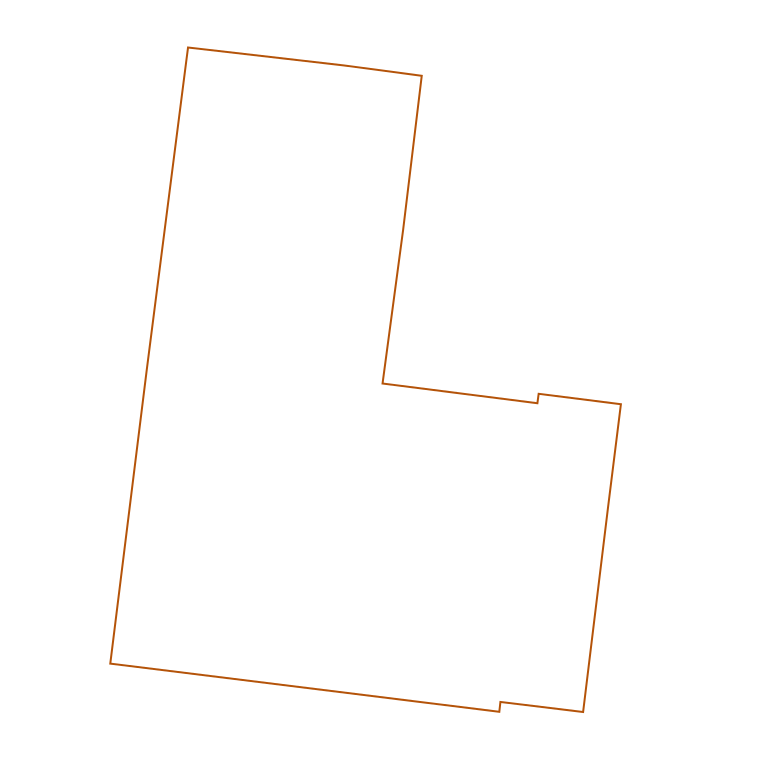 Finney, Kansas, United States of America, rotated 277°
{"feature_id": "52423323B35440057604027", "entity_name": "Finney", "entity_type": "district", "adm_level": 2, "iso_a3": "USA", "parent_name": "United States of America", "parent_adm1": "Kansas", "projection": "mercator", "projection_center": [-100.646, 38.0], "detail": "fine", "context": "isolated", "style": "outline", "palette": "amber", "viewbox_px": 768, "rotation_deg": 277, "n_neighbors": 0, "source": "geoboundaries", "source_scale": "gbopen_adm2", "svg_char_len": 366}
<svg xmlns="http://www.w3.org/2000/svg" viewBox="0 0 768 768"><g transform="rotate(277 384 384)"><path d="M392.8,621.6L393.1,538.7L383.6,538.6L384.3,382.5L539.3,384.2L694.5,383.9L695.3,305.4L694.1,148.5L681.9,148.4L526.0,147.6L369.8,146.8L73.1,146.4L72.7,538.4L82.6,538.3L82.7,621.6L289.5,621.4L392.8,621.6Z" fill="none" stroke="#b45309" stroke-width="2"/></g></svg>